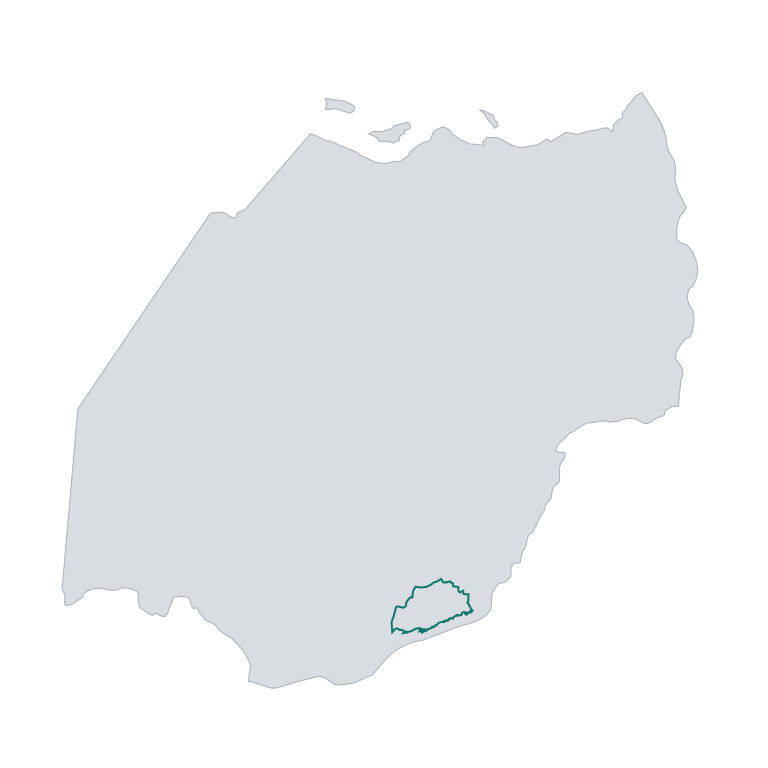 Nkasi, Rukwa, United Republic of Tanzania shown in context, rotated 275°
{"feature_id": "72390352B34861075189695", "entity_name": "Nkasi", "entity_type": "district", "adm_level": 2, "iso_a3": "TZA", "parent_name": "United Republic of Tanzania", "parent_adm1": "Rukwa", "projection": "mercator", "projection_center": [30.833, -7.587], "detail": "medium", "context": "in_parent", "style": "outline", "palette": "teal", "viewbox_px": 768, "rotation_deg": 275, "n_neighbors": 0, "source": "geoboundaries", "source_scale": "gbopen_adm2", "svg_char_len": 5608}
<svg xmlns="http://www.w3.org/2000/svg" viewBox="0 0 768 768"><g transform="rotate(275 384 384)"><path d="M273.2,555.4L264.0,550.5L255.7,547.6L248.9,544.3L245.9,541.1L239.5,539.9L234.0,539.4L228.9,536.4L218.3,535.3L217.2,533.3L217.0,528.9L215.2,527.8L211.4,526.7L207.2,526.7L204.7,527.4L203.2,527.0L199.8,524.5L196.7,521.2L195.5,515.9L190.7,512.6L185.1,509.9L169.7,510.2L167.3,509.4L163.7,506.7L159.4,502.3L155.9,497.3L152.9,490.5L149.8,481.4L132.1,444.9L130.3,438.0L126.9,430.4L121.2,421.0L115.3,414.0L107.2,407.7L98.0,401.4L93.0,397.2L83.5,380.1L81.6,372.1L80.1,363.8L80.7,360.4L86.6,349.7L87.2,346.7L86.5,342.6L83.6,334.1L79.9,323.8L72.4,305.0L71.3,300.2L71.4,296.7L75.9,277.6L75.8,274.9L93.5,275.3L106.3,266.9L117.6,254.4L119.8,249.2L124.4,241.2L128.9,237.2L130.6,234.5L133.2,226.5L139.0,221.1L144.8,216.9L143.6,214.0L144.4,212.9L147.6,210.8L153.7,208.8L154.8,204.7L154.8,199.9L153.8,197.3L154.0,194.2L153.1,192.5L149.1,192.1L143.2,189.8L138.2,188.8L134.9,187.4L133.6,186.3L133.1,183.5L135.9,176.2L133.1,173.2L139.3,161.1L140.4,159.7L142.6,159.5L146.2,158.2L149.4,157.6L152.1,158.1L154.1,157.6L155.8,156.2L157.3,152.1L158.5,145.3L157.8,139.7L155.3,135.4L154.6,128.8L155.8,120.0L154.9,112.7L152.1,106.8L149.2,103.3L144.8,101.7L137.8,92.7L135.7,88.4L136.1,85.7L138.5,84.6L142.9,85.0L147.1,83.9L151.0,81.5L154.7,80.8L156.7,81.2L332.7,81.2L538.4,195.9L539.3,197.3L540.9,207.2L540.5,210.6L537.4,216.3L536.4,219.3L536.4,221.3L537.2,222.2L539.9,222.4L542.2,223.8L543.0,224.9L544.8,229.2L547.0,231.3L625.2,287.8L627.0,288.6L625.9,293.3L621.4,304.8L621.2,309.6L619.5,315.3L617.8,319.0L613.3,335.2L609.5,341.2L604.4,355.4L603.6,366.3L606.4,373.9L607.4,381.0L613.5,388.0L618.3,390.5L621.6,393.7L627.3,401.0L630.6,408.4L641.0,412.0L645.2,420.2L643.7,425.9L638.9,430.6L634.3,438.2L630.7,448.1L630.6,463.4L633.1,461.1L638.6,464.9L639.3,476.1L633.6,489.2L631.9,495.4L631.6,500.6L635.7,516.4L641.9,524.4L641.5,526.9L639.9,529.0L650.5,543.2L649.6,555.5L653.6,565.1L655.4,573.5L658.0,579.9L658.5,584.3L655.2,589.2L663.0,590.4L667.6,594.4L669.7,598.2L675.4,598.1L678.4,600.7L682.8,602.9L692.5,609.3L695.1,612.5L696.7,615.6L670.0,636.0L660.4,641.2L653.5,643.6L646.2,645.0L639.2,648.2L632.6,653.2L624.1,655.8L613.8,655.8L603.0,659.3L586.0,669.9L576.1,664.0L568.3,662.2L559.4,662.4L553.9,663.1L551.9,664.4L550.3,667.9L548.8,673.8L542.9,679.5L532.7,684.9L523.2,686.9L514.5,685.5L508.6,683.3L505.6,680.1L501.1,678.7L495.1,678.9L489.4,681.2L483.9,685.4L475.2,687.2L463.3,686.7L456.9,684.6L456.0,681.1L450.7,677.0L441.1,672.3L434.1,672.2L429.5,676.7L425.4,679.5L421.7,680.7L418.3,680.9L413.5,679.6L400.2,679.1L387.7,679.3L386.4,672.8L383.8,668.8L381.6,666.4L377.3,665.8L376.1,663.9L374.6,659.9L372.5,656.4L369.7,653.5L368.0,650.8L367.4,648.4L367.8,645.7L370.5,639.0L371.3,634.4L371.0,629.7L369.6,624.8L366.6,619.1L366.9,617.4L365.9,613.5L365.8,610.8L366.4,607.4L365.8,602.9L363.3,593.3L363.3,590.9L360.6,586.2L352.2,575.3L351.9,573.8L338.8,562.8L333.6,560.4L331.7,562.5L331.0,564.4L331.6,567.9L331.2,569.7L330.7,570.5L327.6,570.3L325.7,569.9L320.7,567.0L316.9,566.2L307.3,566.8L304.0,567.5L301.3,566.8L296.3,561.7L290.4,560.7L285.0,560.4L276.2,554.7L273.2,555.4ZM642.4,372.2L646.7,384.2L646.1,386.5L643.1,387.8L641.5,388.0L639.6,386.0L638.3,382.0L636.0,382.9L632.1,378.1L628.2,377.9L624.8,372.1L626.1,367.0L625.3,358.4L629.5,354.1L631.9,346.7L634.6,351.7L635.2,359.6L638.8,368.9L642.4,372.2ZM663.1,300.7L663.4,303.5L662.6,306.2L662.7,314.7L662.4,320.3L659.2,328.2L656.6,331.0L654.2,330.2L652.3,328.9L650.8,326.7L653.9,312.3L652.3,301.8L658.4,302.8L663.1,300.7ZM654.5,474.2L651.4,474.9L650.2,474.2L648.4,471.8L651.6,469.8L654.7,465.9L662.0,460.2L665.4,455.6L664.9,460.1L660.8,469.8L657.3,470.5L654.5,474.2Z" fill="#d9dde1" stroke="#a8b0b8" stroke-width="1"/><path d="M162.6,415.4L153.5,413.9L147.6,412.3L137.5,413.9L141.0,416.5L141.6,417.9L141.1,420.0L140.2,420.9L140.7,423.7L138.9,425.9L137.5,424.9L137.8,426.4L137.4,426.4L139.4,427.4L139.2,428.3L138.4,428.8L138.3,429.0L139.0,429.3L140.3,433.2L142.0,435.0L141.9,435.6L143.0,436.8L143.1,438.3L143.6,438.7L143.6,440.5L143.9,440.5L144.0,440.7L144.0,440.8L142.2,443.7L143.1,443.9L142.7,444.4L143.3,446.1L141.5,446.6L141.7,447.3L143.1,448.9L143.7,448.9L144.4,451.4L145.8,453.2L146.4,453.2L146.2,454.8L148.1,456.4L148.1,457.2L148.7,457.3L149.0,458.1L150.7,458.9L152.2,462.4L152.1,464.6L153.0,464.6L153.1,465.7L153.7,466.1L153.5,467.3L154.2,467.4L153.8,468.3L154.8,469.2L155.7,469.3L155.9,470.1L156.5,470.3L156.3,473.1L157.6,473.3L159.0,475.0L159.2,476.0L159.8,476.2L159.6,477.2L160.3,477.2L160.3,477.8L160.0,479.3L160.9,481.5L162.9,481.7L163.8,483.4L163.5,485.5L163.1,484.7L162.3,484.7L162.0,485.3L162.6,485.1L162.3,485.8L162.9,486.0L162.8,486.7L163.4,486.7L163.2,487.8L164.8,489.3L164.3,489.5L164.4,491.1L165.4,491.2L165.5,490.7L164.7,490.5L165.3,490.1L166.3,491.8L167.1,490.4L169.7,489.2L171.3,487.7L172.1,487.7L173.3,486.2L174.1,486.2L174.7,486.9L181.9,486.5L181.5,484.1L182.0,481.3L184.9,480.9L183.0,477.6L184.1,476.3L188.3,475.6L188.5,470.4L191.3,470.2L191.5,468.6L193.1,467.4L192.3,464.4L191.6,463.4L191.6,462.6L192.1,462.2L191.6,461.8L191.5,460.1L194.8,458.0L191.5,453.5L190.8,451.1L188.0,448.0L185.7,444.1L184.5,438.7L184.8,433.0L180.0,430.9L178.4,431.1L175.7,430.6L174.5,431.2L173.4,429.8L173.7,428.7L169.9,426.0L168.0,425.3L164.6,425.1L162.8,422.9L163.7,416.9L162.6,415.4ZM140.7,440.8L140.9,441.6L141.7,441.8L141.6,443.0L142.2,442.4L142.1,441.3L140.7,440.8ZM141.1,444.6L141.3,445.7L142.3,445.8L141.5,444.7L141.1,444.6ZM140.0,444.0L139.9,443.3L139.6,443.5L140.0,444.0ZM162.4,487.4L162.5,487.1L162.1,487.0L162.4,487.4Z" fill="none" stroke="#0f766e" stroke-width="2"/></g></svg>